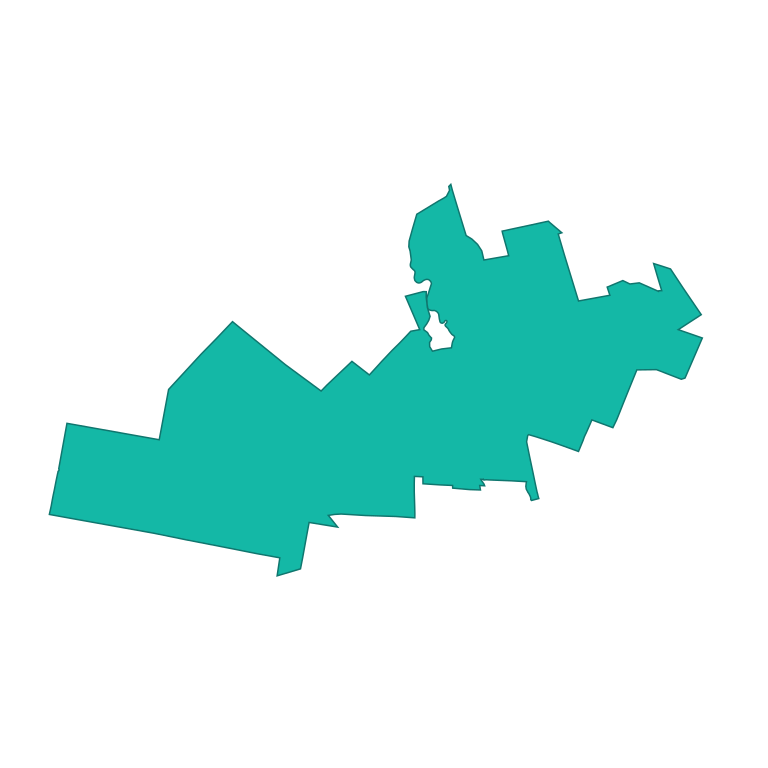 Bragadiru, Teleorman, Romania (Robinson projection), rotated 191°
{"feature_id": "2599482B28400494535503", "entity_name": "Bragadiru", "entity_type": "district", "adm_level": 2, "iso_a3": "ROU", "parent_name": "Romania", "parent_adm1": "Teleorman", "projection": "robinson", "projection_center": [25.524, 43.753], "detail": "fine", "context": "isolated", "style": "filled", "palette": "teal", "viewbox_px": 768, "rotation_deg": 191, "n_neighbors": 0, "source": "geoboundaries", "source_scale": "gbopen_adm2", "svg_char_len": 4114}
<svg xmlns="http://www.w3.org/2000/svg" viewBox="0 0 768 768"><g transform="rotate(191 384 384)"><path d="M244.9,570.1L252.2,574.2L253.7,575.2L278.9,564.4L297.2,556.6L296.4,554.7L294.8,551.5L287.9,537.6L286.1,533.7L297.2,529.5L308.2,525.3L309.6,524.8L313.4,533.3L318.8,538.9L325.3,543.0L331.7,545.4L342.3,565.3L348.6,577.2L353.9,587.3L356.5,592.7L358.1,590.3L356.6,586.6L358.5,580.1L360.9,577.8L365.3,574.1L384.2,556.9L385.6,541.9L386.6,529.1L385.8,523.4L383.7,519.4L380.9,511.0L380.9,509.4L381.0,506.7L380.8,505.5L380.5,504.7L380.1,504.0L378.9,503.1L377.2,501.9L376.0,501.3L375.5,500.8L375.0,500.1L374.8,499.3L374.7,497.9L374.7,495.4L374.6,494.2L374.2,493.1L373.5,491.6L372.7,490.9L371.9,490.4L371.2,490.0L370.2,489.8L369.1,489.8L368.0,490.2L367.3,490.6L366.5,491.3L364.9,493.2L363.4,494.3L362.3,494.8L361.2,495.0L360.6,495.0L359.9,494.9L359.1,494.5L358.2,493.9L357.2,492.9L356.8,492.1L356.6,491.5L356.6,491.1L356.7,490.4L357.0,487.9L357.4,484.3L357.8,480.9L358.2,478.4L358.3,477.2L358.3,475.9L358.0,474.8L356.9,470.6L356.2,468.6L355.7,467.2L355.2,466.4L354.7,465.9L353.9,465.6L352.9,465.3L351.8,465.2L350.6,465.3L348.6,465.8L347.8,465.7L346.9,465.5L345.8,465.0L344.9,464.4L344.0,463.5L343.5,462.6L343.0,461.1L342.0,458.2L340.9,455.8L340.6,455.4L340.3,455.1L339.8,454.9L339.5,454.8L339.1,454.8L338.5,454.8L338.1,454.9L337.6,455.3L337.0,455.8L336.7,456.3L336.4,457.0L336.3,457.5L336.0,457.9L335.7,458.1L335.3,458.2L334.9,458.2L334.5,458.1L334.2,457.7L334.1,457.4L334.1,456.8L334.2,456.2L334.5,455.5L335.1,454.7L335.3,454.0L335.2,453.4L335.0,452.9L334.3,452.3L332.5,451.2L331.3,450.2L330.4,448.9L328.9,447.4L326.9,445.7L326.0,445.2L325.0,444.9L324.4,444.5L324.0,444.1L323.7,443.6L323.6,443.2L323.7,442.8L324.0,441.6L324.4,440.2L324.7,438.6L324.8,437.1L324.7,432.4L334.1,429.4L341.5,426.0L342.7,425.5L343.4,426.2L344.3,427.2L346.3,429.4L347.2,433.5L346.0,436.4L346.1,438.2L346.7,438.6L349.1,440.4L351.1,442.8L355.2,444.8L355.6,446.8L353.6,451.0L352.2,455.1L351.7,459.2L356.0,467.3L359.2,477.5L360.1,482.7L363.1,482.2L368.7,479.5L379.7,474.2L359.3,444.2L367.8,440.9L371.6,434.8L376.5,427.2L382.6,418.3L390.6,405.7L393.3,401.2L400.1,390.1L419.8,400.1L439.6,372.4L444.4,365.1L484.6,384.2L538.7,413.1L543.3,415.6L544.6,416.3L557.2,396.6L569.4,378.1L594.4,337.6L594.0,286.4L687.7,284.9L687.3,252.5L687.1,238.6L686.7,238.2L686.6,237.8L686.5,237.5L686.6,237.2L686.7,236.8L687.0,236.5L687.2,236.2L687.3,235.9L687.2,235.1L687.3,233.8L687.4,227.1L687.4,222.8L687.4,217.0L687.5,211.9L687.5,207.1L687.4,201.0L687.5,196.2L687.6,193.2L687.6,192.6L687.6,192.1L663.5,192.4L656.4,192.5L581.1,193.6L548.2,193.3L500.8,193.3L478.4,193.2L475.7,193.2L453.1,193.5L452.3,175.3L430.7,186.6L430.7,197.5L431.0,221.6L431.1,233.8L402.2,234.7L413.6,244.4L407.5,246.6L401.2,248.2L376.9,251.4L347.2,256.2L328.2,258.5L329.0,262.8L330.6,270.1L333.7,283.8L335.4,292.5L336.5,299.1L332.5,299.7L328.1,300.3L326.7,293.5L314.9,295.0L309.4,295.7L297.3,297.5L296.7,294.9L290.9,295.5L285.3,296.1L281.4,296.5L279.7,296.7L269.1,298.4L270.7,302.6L265.8,303.3L266.8,304.9L269.4,307.4L270.8,308.9L269.1,309.2L268.8,309.2L268.5,309.3L268.3,309.5L267.6,308.8L265.5,309.5L264.1,309.7L262.5,309.9L240.3,313.3L236.5,313.8L225.5,315.3L225.5,314.0L225.3,311.6L225.2,310.4L224.9,309.7L224.6,308.9L224.5,308.5L224.4,308.2L224.1,307.7L223.6,307.1L222.9,306.3L222.3,305.4L220.7,303.8L219.1,301.7L218.4,300.5L218.0,299.3L217.9,298.8L217.9,298.5L217.0,297.8L210.4,301.0L210.2,301.1L211.2,303.0L212.2,305.3L213.2,307.3L216.4,314.8L220.7,325.1L227.3,340.7L233.0,354.5L233.1,360.9L232.3,361.9L224.9,361.2L220.6,360.7L209.2,359.3L202.9,358.4L180.2,354.9L177.8,366.6L177.3,370.2L176.7,372.7L176.2,374.5L174.1,383.7L173.1,388.4L151.0,384.8L148.8,393.1L147.5,399.7L145.6,409.8L143.4,421.2L138.5,446.1L134.2,447.0L119.3,450.1L93.1,445.4L89.7,447.2L89.3,448.8L80.3,489.9L105.5,493.5L85.8,512.6L108.6,535.2L124.7,551.6L133.5,552.7L142.3,553.7L135.8,541.1L129.2,528.6L132.0,528.0L132.1,527.3L152.7,532.0L161.7,529.1L169.3,531.1L183.4,521.7L179.2,514.2L208.9,502.6L222.6,528.3L231.6,545.2L241.6,564.5L238.3,566.4L244.9,570.1Z" fill="#14b8a6" stroke="#0f766e" stroke-width="1.5"/></g></svg>